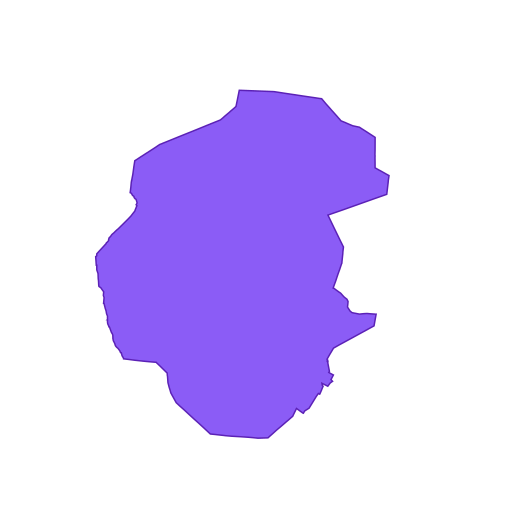 the district of Enschede, Overijssel, Netherlands, rotated 140°
{"feature_id": "6326949B24247619759097", "entity_name": "Enschede", "entity_type": "district", "adm_level": 2, "iso_a3": "NLD", "parent_name": "Netherlands", "parent_adm1": "Overijssel", "projection": "albers", "projection_center": [6.885, 52.223], "detail": "fine", "context": "isolated", "style": "filled", "palette": "violet", "viewbox_px": 512, "rotation_deg": 140, "n_neighbors": 0, "source": "geoboundaries", "source_scale": "gbopen_adm2", "svg_char_len": 5794}
<svg xmlns="http://www.w3.org/2000/svg" viewBox="0 0 512 512"><g transform="rotate(140 256 256)"><path d="M104.6,334.3L106.2,336.0L110.5,340.9L110.6,341.0L110.8,341.2L117.2,348.4L118.0,349.3L118.6,350.0L120.3,351.9L122.9,354.9L124.0,356.1L128.6,361.3L131.6,364.7L135.1,368.7L135.2,368.8L136.6,370.4L162.3,393.7L170.3,387.3L172.2,385.8L172.6,385.5L173.3,384.9L175.3,383.4L178.4,383.3L181.9,383.3L182.3,383.3L184.2,383.2L185.9,383.2L186.7,383.2L188.4,383.2L190.3,383.2L192.3,383.1L194.6,383.1L195.7,383.1L196.4,383.3L200.7,384.7L204.7,386.0L205.5,386.3L205.8,386.4L206.7,386.6L207.2,386.8L208.0,387.1L209.4,387.5L209.8,387.7L210.9,388.0L219.3,390.7L234.0,395.5L238.3,396.9L250.7,400.9L253.8,401.9L254.6,402.2L255.8,402.5L258.0,403.3L260.7,403.6L262.8,403.8L265.3,404.1L273.2,405.1L275.5,405.4L277.2,405.6L278.9,405.8L280.1,406.0L281.1,406.1L286.1,406.7L287.6,406.9L292.3,402.8L297.9,397.7L301.1,395.1L302.7,393.7L302.8,393.8L304.1,392.7L305.1,391.7L307.8,389.0L308.6,388.3L309.0,387.9L310.6,386.4L311.4,385.7L311.7,385.4L311.5,385.0L311.3,384.6L311.2,384.1L311.2,383.9L311.2,383.7L311.4,383.0L311.6,382.0L311.6,381.8L311.6,381.5L311.3,380.7L311.2,380.2L311.3,379.9L311.5,379.6L311.7,379.3L311.8,379.0L311.8,378.3L311.8,377.8L311.7,377.8L311.5,376.6L311.6,376.3L311.6,376.1L311.8,375.7L312.1,375.0L312.8,373.4L312.9,373.2L313.2,373.0L313.5,372.8L314.9,372.3L314.9,371.1L316.8,370.1L317.1,369.9L318.5,369.2L319.8,368.4L320.5,368.2L323.0,367.7L326.1,367.0L330.7,366.5L344.0,365.4L345.9,365.4L347.7,365.3L348.9,365.2L349.6,365.1L349.9,365.1L350.2,365.1L350.6,365.1L351.1,365.1L352.3,365.1L352.9,365.0L353.1,365.0L353.9,364.7L354.9,364.5L355.4,364.4L355.7,364.4L356.5,364.4L356.9,364.3L357.5,363.9L358.2,363.5L358.4,363.2L358.6,363.0L358.7,362.8L358.9,362.7L359.3,362.5L361.2,362.2L361.3,362.2L361.9,362.3L362.1,362.2L362.5,362.1L362.9,361.8L363.1,361.8L363.3,361.8L363.7,361.7L364.0,361.7L368.4,361.1L372.5,360.6L376.6,360.0L377.9,358.5L379.2,358.6L381.6,355.3L384.3,351.6L383.9,351.3L386.9,347.7L388.3,344.1L391.4,340.1L392.7,338.1L395.2,334.8L395.9,333.6L395.3,331.4L395.5,329.4L395.7,326.5L398.3,323.9L399.1,321.8L403.2,317.7L402.9,317.4L405.2,312.7L406.1,310.4L407.6,307.8L408.4,305.4L409.2,304.5L410.0,303.5L410.6,302.7L410.8,302.7L410.7,302.6L410.9,302.3L411.5,301.7L411.9,301.3L412.6,300.3L412.8,299.9L413.1,299.5L413.3,299.0L413.4,298.5L413.9,296.9L414.2,296.2L413.9,296.0L414.2,295.0L414.9,293.1L415.9,290.3L415.9,290.1L416.0,289.8L415.9,289.6L416.0,289.3L416.1,288.7L416.2,288.4L416.4,287.9L416.5,287.6L416.7,287.3L416.8,287.1L417.0,286.8L417.2,286.6L417.6,286.1L418.2,285.3L418.4,285.1L418.7,284.7L418.9,284.3L419.3,283.6L419.5,283.3L419.6,283.1L419.8,282.6L419.8,282.4L419.9,282.2L420.0,281.9L420.1,281.1L420.3,280.4L420.4,280.1L420.4,279.8L420.6,279.5L421.0,278.5L421.2,278.1L421.3,277.6L421.4,277.3L421.4,277.0L421.4,276.6L421.4,276.4L421.4,275.5L421.3,275.2L421.2,274.4L421.1,274.0L421.1,273.8L421.1,273.6L421.2,272.8L421.2,272.7L421.2,272.3L421.2,272.1L421.2,271.7L421.3,271.2L421.3,270.8L421.5,270.2L421.8,269.3L421.8,269.2L421.8,268.9L421.5,268.7L421.4,268.6L421.4,268.4L421.8,267.6L422.5,266.2L422.7,265.6L422.8,265.3L422.9,264.5L423.1,263.4L423.2,263.0L423.4,262.5L423.4,262.4L423.5,262.3L420.2,258.8L415.7,253.9L410.9,248.9L407.5,245.4L407.4,245.3L401.9,239.8L400.8,238.8L400.8,238.1L400.4,234.6L399.3,223.4L400.7,221.5L401.2,220.6L402.0,219.5L404.9,215.5L405.7,213.8L406.9,211.3L408.0,208.6L409.0,206.4L409.3,205.6L409.4,205.4L409.5,204.4L409.7,203.7L410.0,202.1L410.6,199.0L411.4,195.0L411.4,194.9L410.8,190.0L410.3,186.7L409.9,183.9L409.2,178.2L408.2,170.5L407.7,167.2L406.5,158.2L405.4,149.0L401.7,145.2L400.6,144.0L399.9,143.3L398.3,141.6L395.9,139.1L395.1,138.2L393.8,136.9L392.5,135.6L390.5,133.6L388.8,132.0L387.0,130.3L383.5,127.0L378.5,122.2L374.9,118.6L371.6,115.2L369.2,113.3L363.7,109.0L361.0,109.1L357.0,109.2L352.5,109.4L346.8,109.4L339.8,109.5L337.1,109.5L332.5,109.6L331.0,109.6L330.9,109.6L330.7,109.7L329.9,110.1L327.9,111.0L325.6,112.0L323.0,113.2L322.4,110.9L321.9,108.8L321.4,106.9L321.0,105.4L320.8,105.1L318.8,105.8L318.2,106.0L313.2,105.3L300.0,109.7L296.6,110.6L296.1,109.4L296.0,109.2L295.9,109.2L291.7,111.3L290.9,111.8L288.3,113.1L288.4,114.2L287.3,116.1L284.7,110.1L280.9,111.0L280.3,111.0L280.2,111.0L277.9,110.8L278.0,113.1L273.2,115.1L274.2,117.6L275.1,120.0L273.9,120.4L273.5,121.1L272.7,122.6L269.9,127.6L269.2,128.9L269.2,129.0L268.8,128.8L268.4,129.5L268.1,130.0L268.5,130.2L268.4,130.4L267.9,131.3L263.3,133.0L261.3,133.7L255.8,135.6L254.8,135.4L249.8,134.5L237.5,132.0L210.5,126.6L201.4,134.2L201.8,134.5L202.0,134.7L202.1,134.9L204.9,137.6L208.0,140.7L208.3,140.9L210.7,142.7L214.1,145.0L217.0,148.6L217.7,149.4L218.9,151.0L219.3,153.3L219.3,153.5L218.8,157.5L218.7,158.1L216.8,159.9L216.0,160.7L214.7,162.0L214.4,163.3L214.1,164.4L214.8,167.6L214.9,168.7L215.0,172.1L215.0,172.7L215.3,174.2L215.6,175.0L215.9,176.3L216.2,177.4L217.0,180.9L217.5,181.8L216.6,182.4L210.7,185.8L207.0,188.1L204.2,189.8L200.4,192.0L195.7,194.9L194.7,195.4L194.2,196.0L187.9,202.1L186.8,203.3L183.2,206.7L182.6,209.3L182.3,210.4L181.7,213.0L178.1,227.4L174.6,241.1L170.3,239.5L160.6,235.8L147.2,230.8L130.0,224.4L116.2,219.2L114.7,220.6L107.6,227.3L107.4,227.5L106.5,228.4L105.9,229.0L104.3,230.4L102.4,232.1L103.7,235.4L105.6,240.5L106.6,243.0L108.1,247.0L105.6,250.0L101.5,255.0L100.5,256.1L99.7,257.2L96.8,260.5L88.5,270.3L89.3,273.0L90.8,277.9L90.9,278.2L93.0,285.0L93.3,285.7L93.3,285.9L94.0,288.2L98.2,293.6L98.7,294.6L98.9,295.0L99.3,295.7L99.4,296.0L99.5,296.1L99.7,296.5L100.1,297.3L101.6,300.3L101.8,300.8L102.1,301.3L103.1,303.2L104.0,304.9L104.0,307.2L104.1,308.8L104.1,310.0L104.1,310.7L104.3,317.3L104.4,319.4L104.4,321.4L104.5,324.4L104.6,327.7L104.6,330.7L104.6,333.7L104.6,334.3Z" fill="#8b5cf6" stroke="#5b21b6" stroke-width="1.5"/></g></svg>